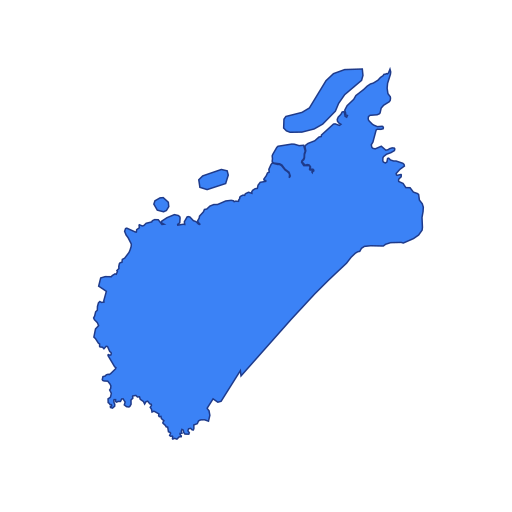 Huaquillas, El Oro, Ecuador (Natural Earth projection), rotated 341°
{"feature_id": "8360857B41959203551937", "entity_name": "Huaquillas", "entity_type": "district", "adm_level": 2, "iso_a3": "ECU", "parent_name": "Ecuador", "parent_adm1": "El Oro", "projection": "natural_earth1", "projection_center": [-80.198, -3.46], "detail": "fine", "context": "isolated", "style": "filled", "palette": "blue", "viewbox_px": 512, "rotation_deg": 341, "n_neighbors": 0, "source": "geoboundaries", "source_scale": "gbopen_adm2", "svg_char_len": 6085}
<svg xmlns="http://www.w3.org/2000/svg" viewBox="0 0 512 512"><g transform="rotate(341 256 256)"><path d="M419.4,211.8L417.1,211.0L414.4,209.0L413.3,206.7L412.2,206.6L410.4,209.7L408.6,210.2L407.0,208.6L406.9,207.2L408.0,204.4L409.1,203.5L412.5,202.3L417.3,202.2L421.2,201.4L422.1,200.0L421.9,199.0L420.0,198.1L417.3,198.0L415.4,198.5L413.2,198.2L410.2,193.0L403.6,193.5L401.5,192.2L400.9,191.0L401.2,188.4L403.6,186.4L410.6,176.0L411.9,175.6L415.3,176.9L417.6,177.1L418.2,176.2L418.1,174.9L417.5,174.4L412.9,173.2L409.9,170.5L408.9,169.2L407.0,165.3L406.6,163.9L406.8,162.6L407.7,160.8L409.6,160.1L416.5,161.9L419.0,161.7L419.9,161.1L422.5,156.9L425.8,155.0L432.3,153.5L433.6,152.5L434.6,150.5L434.8,149.1L433.6,145.4L434.6,140.1L436.6,135.6L442.3,127.9L443.3,125.8L443.5,123.0L440.9,126.0L439.7,126.6L438.6,126.0L437.9,126.3L436.1,125.9L434.8,126.9L431.8,127.7L428.5,129.5L423.2,130.7L420.2,130.6L416.4,131.6L412.3,133.5L402.7,136.8L399.4,139.7L391.1,143.5L387.6,146.8L387.3,147.4L387.3,150.2L386.6,151.2L387.1,152.1L388.2,152.9L386.9,154.3L385.7,152.9L386.3,149.1L385.7,148.0L384.3,147.9L382.4,149.7L379.0,151.4L377.3,153.3L376.9,155.0L377.6,157.2L379.2,159.1L377.4,159.7L373.8,156.8L372.2,156.5L357.3,162.9L356.6,164.3L354.3,164.0L349.0,166.2L341.8,166.5L338.8,167.5L337.9,168.7L337.3,172.8L335.0,175.8L333.8,179.0L332.6,180.5L330.3,181.5L330.2,182.0L332.0,186.1L334.2,186.2L335.8,187.1L336.6,189.2L335.7,191.8L338.0,192.4L338.5,193.1L338.4,194.3L336.9,194.8L336.4,195.5L336.2,194.7L337.5,193.7L337.4,193.2L335.1,192.3L334.8,191.5L336.0,189.4L335.9,188.0L330.6,186.1L329.6,182.2L330.4,180.9L332.1,180.0L333.5,178.7L334.9,175.1L336.7,172.8L337.1,166.8L332.7,165.7L328.7,162.8L326.2,161.8L312.5,159.4L311.0,160.1L304.9,165.4L303.9,166.6L303.2,169.5L302.1,171.7L302.2,172.7L303.1,173.9L308.4,176.5L310.1,178.3L311.7,183.4L314.5,187.5L314.5,191.5L312.9,192.9L314.2,190.0L314.2,188.7L313.2,186.5L311.5,184.2L309.5,178.8L307.9,177.0L306.4,176.6L301.6,173.4L300.0,174.4L296.4,178.2L295.8,181.0L293.9,181.2L291.9,183.4L288.4,185.9L288.4,186.9L289.8,187.8L289.5,188.6L284.0,187.7L281.0,189.7L279.3,192.5L277.1,192.1L274.2,192.8L272.9,193.9L272.5,195.4L269.7,193.3L266.8,193.6L265.9,193.9L265.0,195.0L263.6,194.2L261.1,194.5L259.8,195.1L259.2,196.5L257.9,197.4L257.4,198.5L257.1,198.6L254.5,197.5L253.0,197.5L252.6,196.4L250.7,195.3L245.3,194.1L236.4,194.8L232.9,193.6L228.7,193.8L224.7,195.6L222.4,195.2L220.6,197.2L215.6,199.9L214.6,201.7L212.3,203.7L212.2,205.1L213.3,207.6L212.9,207.8L212.0,207.1L210.5,204.0L208.3,202.2L206.2,197.6L204.8,196.7L203.6,196.6L199.4,200.3L198.9,203.0L197.6,202.3L192.1,201.4L192.2,200.6L194.7,199.8L196.6,195.3L196.7,194.0L195.7,192.4L192.3,190.3L184.3,190.8L178.0,192.4L177.4,193.9L179.4,196.0L177.3,195.6L175.4,189.9L172.0,188.6L169.5,188.9L168.5,189.8L162.8,189.3L159.8,190.7L158.3,190.6L155.9,188.5L155.5,188.7L154.9,191.3L151.7,192.3L150.7,194.4L149.8,194.1L142.9,187.6L141.6,187.6L139.8,189.9L140.0,193.9L141.0,197.0L142.0,204.1L141.1,206.3L138.9,209.3L137.1,211.3L131.1,215.3L128.5,215.7L127.2,218.3L125.4,218.1L124.3,218.8L122.8,221.3L122.3,223.2L119.7,224.5L119.9,225.6L117.9,227.8L116.9,227.0L113.6,227.7L112.5,228.5L106.7,226.4L102.0,226.2L97.4,233.3L103.0,240.7L97.6,248.6L97.2,250.1L94.8,249.6L93.5,248.2L91.8,249.0L89.7,252.0L88.3,255.6L86.2,256.6L83.9,260.2L82.3,261.7L82.5,263.6L84.3,267.4L84.5,270.6L80.5,272.7L76.3,279.9L77.3,281.8L78.6,287.1L79.5,288.2L78.7,290.5L78.9,291.2L81.2,292.3L82.0,294.2L84.9,292.6L85.7,292.9L86.2,293.6L86.6,298.6L87.5,300.1L87.4,301.2L86.4,302.4L85.3,302.1L84.5,301.2L83.8,301.4L83.7,302.2L86.3,314.8L87.2,316.0L86.4,317.0L80.2,319.9L78.5,320.3L77.8,319.7L75.8,319.6L74.3,320.4L72.0,320.2L70.4,322.8L70.6,323.8L71.7,324.7L75.1,326.1L76.3,329.6L76.5,331.6L75.4,334.0L74.0,335.0L74.5,338.7L73.4,340.6L72.3,342.2L69.6,342.9L68.5,346.5L69.3,347.6L69.6,349.0L70.8,349.4L71.0,350.1L70.5,350.9L69.3,350.9L69.1,351.9L70.8,353.1L73.5,352.0L74.2,350.2L74.0,348.4L74.6,346.0L75.1,345.6L76.5,346.1L75.9,348.0L76.6,348.8L78.2,348.6L80.5,349.4L82.4,347.5L83.8,347.7L84.7,351.5L83.0,353.9L84.5,356.3L86.7,357.4L87.8,357.1L89.6,355.5L90.9,351.5L93.3,350.3L93.5,348.7L93.9,348.2L97.0,348.7L98.0,350.7L100.0,351.2L99.9,353.8L102.2,357.0L102.5,359.7L104.6,357.9L106.3,358.0L107.5,361.3L108.7,362.1L108.5,363.3L106.7,364.6L107.3,366.8L106.9,369.7L108.8,369.5L109.5,370.0L112.8,373.7L111.9,375.4L112.3,376.5L113.9,376.7L113.6,378.9L115.3,381.8L113.8,383.0L113.6,383.8L115.1,386.6L115.5,388.4L116.8,389.0L116.0,393.7L117.4,394.9L117.6,395.7L115.9,397.6L116.6,398.6L118.3,399.1L118.4,399.8L117.5,401.6L117.7,402.0L119.7,401.9L121.6,403.4L124.5,402.0L126.5,402.5L126.8,401.8L126.1,400.3L126.4,399.0L128.3,399.4L128.3,397.3L129.5,395.8L130.5,396.9L130.2,399.3L130.8,401.2L134.4,402.6L135.4,401.4L134.7,399.1L136.0,397.4L138.1,397.7L139.0,399.6L140.1,400.1L141.1,398.9L142.2,395.5L145.9,395.4L147.9,393.3L149.3,393.0L150.6,393.0L154.0,394.1L157.3,396.7L160.5,391.6L161.2,387.0L160.2,384.4L160.4,383.9L168.9,377.1L172.3,381.8L175.7,382.0L203.9,359.3L202.8,364.5L268.5,327.4L299.3,310.9L316.8,302.4L339.2,292.3L345.6,288.1L350.8,285.7L353.6,285.1L355.6,285.4L358.2,283.1L361.6,282.2L367.7,283.6L379.6,288.0L382.4,287.1L387.6,287.2L397.7,290.4L399.5,291.7L410.6,290.8L416.6,289.1L421.5,285.6L422.7,283.1L425.5,273.6L428.4,268.4L430.1,264.3L430.2,260.7L428.7,256.3L429.8,250.8L429.1,249.6L425.6,246.8L423.9,241.6L419.9,240.1L418.7,235.3L415.2,232.0L415.5,230.6L416.3,229.6L419.0,228.4L419.8,226.5L419.6,226.1L415.7,225.7L415.2,225.1L415.4,223.6L420.3,220.9L425.6,219.3L425.8,217.6L425.0,216.1L419.4,211.8ZM392.4,132.3L413.0,124.3L415.9,120.1L417.4,113.8L400.5,108.6L388.6,108.8L379.3,113.0L354.7,133.4L346.2,135.2L329.7,133.8L327.0,135.7L323.8,144.0L325.5,147.6L328.5,150.1L339.8,153.8L352.4,154.8L362.0,153.0L378.2,144.9L383.8,138.6L392.4,132.3ZM256.1,170.5L256.5,166.1L251.4,162.9L231.7,162.9L226.7,165.3L225.3,172.8L231.4,177.3L250.9,177.6L256.1,170.5ZM186.1,183.8L189.6,180.9L190.6,176.6L187.3,170.6L184.2,169.8L178.4,170.9L176.3,173.7L177.6,180.5L183.0,184.1L186.1,183.8Z" fill="#3b82f6" stroke="#1e3a8a" stroke-width="1.5"/></g></svg>